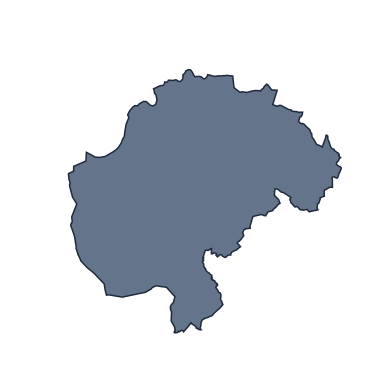 the district of Igabi, Kaduna, Nigeria, rotated 313°
{"feature_id": "59680162B83099166959131", "entity_name": "Igabi", "entity_type": "district", "adm_level": 2, "iso_a3": "NGA", "parent_name": "Nigeria", "parent_adm1": "Kaduna", "projection": "mercator", "projection_center": [7.565, 10.746], "detail": "fine", "context": "isolated", "style": "filled", "palette": "slate", "viewbox_px": 384, "rotation_deg": 313, "n_neighbors": 0, "source": "geoboundaries", "source_scale": "gbopen_adm2", "svg_char_len": 5957}
<svg xmlns="http://www.w3.org/2000/svg" viewBox="0 0 384 384"><g transform="rotate(313 192 192)"><path d="M143.6,264.1L143.7,263.8L144.1,263.5L144.5,263.4L144.2,261.6L144.5,260.2L144.1,258.2L143.9,256.7L144.1,256.1L144.3,255.7L144.5,255.4L144.8,254.8L145.2,253.7L144.8,253.4L146.3,250.5L147.3,249.7L148.1,247.2L148.4,246.9L149.7,247.3L149.7,247.0L150.3,246.0L150.5,246.1L150.7,245.5L151.6,245.5L151.5,245.0L152.2,244.9L152.1,244.5L155.4,242.9L158.6,241.5L159.3,242.2L160.2,243.6L162.1,244.2L162.4,244.7L163.0,244.1L163.9,244.8L163.2,245.5L160.0,248.3L160.7,249.1L160.9,249.1L161.0,249.3L161.4,249.3L161.6,249.2L162.5,249.7L163.2,250.8L163.4,251.4L163.5,252.2L162.8,252.7L162.6,252.4L162.2,252.5L161.9,254.7L162.3,254.7L162.3,254.8L163.9,255.2L164.3,254.9L164.5,254.9L164.6,255.1L164.8,255.3L165.3,255.5L165.6,255.7L165.9,255.9L166.1,256.0L166.3,256.2L166.4,256.5L166.0,257.2L165.9,257.7L166.3,259.8L166.6,260.6L166.9,261.0L167.8,261.3L169.7,261.4L170.7,261.6L171.6,262.4L172.3,263.3L172.8,262.8L175.0,262.2L176.1,262.4L178.0,263.1L179.7,264.0L183.8,264.5L185.1,264.8L185.5,259.8L187.7,259.6L188.1,260.2L190.9,260.1L195.2,259.7L195.9,258.7L196.5,257.2L196.7,256.9L199.8,255.8L201.8,256.4L205.2,259.3L206.1,258.0L214.2,253.9L214.3,253.8L216.1,253.5L222.9,258.1L223.8,260.5L224.8,262.1L229.2,261.1L233.4,263.7L235.0,263.3L238.9,263.8L241.4,263.5L243.8,264.1L245.5,260.5L245.8,254.4L250.7,250.6L252.5,252.5L252.8,257.4L254.0,259.2L255.5,268.1L253.3,268.6L251.7,271.7L251.2,277.5L253.0,278.6L253.1,280.2L252.8,282.1L253.0,283.7L254.3,284.8L254.4,285.6L257.7,288.1L257.4,291.2L260.0,292.9L264.8,296.3L265.7,294.3L268.7,292.1L269.5,292.1L270.1,292.4L274.3,290.6L275.0,289.6L279.3,291.7L279.6,291.2L283.3,287.6L289.4,289.5L291.2,291.5L296.9,286.1L298.1,284.6L300.0,285.2L300.3,286.9L300.7,288.3L301.2,288.7L302.0,288.6L302.8,288.4L304.8,287.4L305.2,286.9L305.9,286.9L306.5,286.8L307.3,286.6L309.3,285.7L310.3,285.5L310.7,285.2L310.9,284.8L311.5,284.5L311.5,283.8L311.7,283.3L311.1,282.4L310.7,279.9L310.8,278.7L312.0,277.8L314.8,277.8L315.9,277.3L317.2,277.0L318.2,277.2L318.0,276.8L318.1,276.4L318.5,276.2L318.6,275.6L318.7,274.5L319.2,274.3L319.6,274.3L319.8,273.8L320.0,273.2L320.1,272.6L320.1,271.7L319.8,271.2L319.7,270.7L319.8,269.6L319.6,269.1L319.5,268.5L319.3,268.1L319.3,267.8L319.7,267.5L319.9,267.1L320.0,266.6L319.9,266.2L319.7,265.8L319.3,265.5L319.2,265.2L319.3,263.4L320.0,261.9L322.6,257.2L323.0,255.7L325.5,253.1L325.4,251.7L325.1,251.4L324.3,251.6L322.7,252.8L313.6,256.6L313.5,255.7L313.5,254.8L313.0,253.9L312.7,252.8L312.3,252.1L311.8,250.5L313.4,245.7L314.1,242.2L316.4,239.6L316.4,238.5L317.1,237.0L317.9,235.7L317.8,234.4L317.9,233.2L317.8,230.7L318.1,228.1L317.7,226.4L316.6,225.5L316.3,224.2L316.1,222.6L317.0,221.4L318.5,220.9L320.3,219.7L321.4,220.4L323.3,220.1L325.8,218.5L324.6,217.1L322.7,215.5L322.6,214.4L319.3,210.1L319.6,208.5L318.2,206.3L316.0,198.0L315.1,197.0L312.6,195.6L311.0,191.4L324.5,184.9L321.0,180.6L321.7,176.8L322.1,174.8L321.8,173.0L318.2,172.9L316.5,173.5L314.0,172.9L312.9,173.5L311.8,171.9L310.0,169.8L309.3,169.0L307.5,167.6L305.8,166.4L302.8,164.7L301.1,162.7L299.4,160.1L297.6,159.2L297.4,156.9L297.2,154.6L297.0,153.3L297.1,152.7L297.1,151.4L304.6,142.7L300.6,137.4L299.0,136.5L298.7,135.7L296.6,134.0L295.5,132.6L291.3,129.0L291.3,128.5L288.6,123.5L286.4,124.4L283.4,124.1L282.6,122.7L282.6,120.8L282.3,119.7L281.5,118.4L278.5,115.5L278.2,115.3L279.9,110.1L280.3,107.8L279.1,105.9L276.4,104.9L274.1,105.7L271.6,105.4L269.6,107.2L268.7,107.9L267.4,108.2L265.0,108.2L264.0,107.1L263.8,106.5L263.4,106.0L263.5,105.7L263.4,105.1L263.4,104.9L263.3,104.1L263.1,103.7L262.8,103.5L261.9,103.0L261.0,102.2L260.8,102.2L260.0,101.4L258.5,99.3L257.5,98.5L256.6,98.9L255.3,98.9L253.9,97.0L252.0,98.1L250.1,98.2L248.3,96.3L242.6,94.1L241.4,93.4L239.9,95.9L238.6,97.2L238.5,99.4L237.4,100.8L235.5,103.7L232.9,104.8L231.5,105.6L229.8,105.3L228.4,104.8L227.0,102.4L227.0,96.9L225.1,94.7L220.0,93.2L217.9,93.5L216.3,91.4L214.2,90.8L211.3,90.9L208.5,91.1L204.6,92.3L203.3,95.1L196.6,97.6L190.6,101.6L186.0,104.8L183.6,105.1L179.5,106.9L174.1,107.8L170.8,107.6L167.2,106.8L158.8,104.3L154.0,100.6L151.4,97.2L150.5,93.2L149.0,87.7L142.3,93.3L130.1,88.0L126.4,91.2L121.2,89.1L117.4,93.3L115.8,96.4L113.2,98.0L106.8,108.1L104.6,116.0L91.9,120.9L88.3,124.9L86.3,125.2L84.9,126.0L80.8,133.9L79.1,136.8L72.5,145.2L71.7,145.7L69.4,149.9L68.7,150.9L66.6,156.3L65.8,157.6L65.2,167.3L65.8,175.4L64.9,190.4L60.9,195.6L58.2,199.8L59.9,201.1L67.6,212.7L87.0,226.4L93.2,228.3L95.0,228.1L98.1,229.4L98.8,229.5L102.4,234.8L104.9,238.2L103.8,251.0L98.2,253.8L95.7,253.7L93.2,254.5L91.3,256.6L90.3,258.9L83.6,264.6L81.4,271.2L79.9,273.4L79.3,273.4L79.0,273.8L78.8,274.5L78.4,274.7L77.9,274.4L77.4,274.4L77.1,274.9L77.3,275.4L77.7,275.9L78.2,276.1L78.5,276.6L78.9,277.0L79.7,277.3L80.1,277.3L80.7,277.1L81.1,277.2L81.2,278.2L81.4,278.3L82.7,278.4L83.1,278.3L83.6,278.7L84.4,280.0L84.1,280.5L84.0,281.2L90.1,281.0L95.6,280.5L95.4,281.7L96.2,286.0L96.0,287.1L95.5,287.6L95.4,288.3L95.9,288.8L96.0,290.8L96.7,291.6L96.9,292.1L97.5,292.6L97.6,291.8L98.1,290.7L98.7,290.3L99.5,290.1L102.1,288.2L103.2,287.5L104.5,287.0L105.4,286.8L107.0,287.2L108.8,287.8L110.6,288.9L112.7,289.7L113.8,290.4L115.0,290.9L119.3,290.9L122.9,291.2L125.4,291.6L126.7,291.5L127.8,291.5L130.7,291.4L131.2,290.3L131.4,289.7L132.0,288.9L132.5,287.7L132.5,287.2L132.8,286.2L133.5,285.6L135.0,284.7L135.3,284.3L135.9,283.9L136.5,283.2L136.7,282.9L137.3,281.9L137.4,281.4L136.9,280.1L136.9,279.6L137.2,278.9L137.6,278.2L137.8,277.7L138.0,276.1L138.1,275.7L138.3,274.8L139.2,274.3L139.1,274.2L139.4,274.1L139.6,274.1L139.9,274.2L140.3,274.2L141.1,274.5L142.0,273.1L141.6,273.0L141.4,272.8L141.9,271.7L142.2,269.7L142.5,269.2L141.8,268.0L142.2,267.9L141.9,266.9L141.6,266.9L141.7,266.2L142.1,265.8L141.8,265.6L141.9,265.3L142.2,265.4L142.3,265.1L142.9,265.3L142.9,264.8L143.3,264.8L143.3,264.6L143.5,264.5L143.6,264.1Z" fill="#64748b" stroke="#1e293b" stroke-width="1.5"/></g></svg>